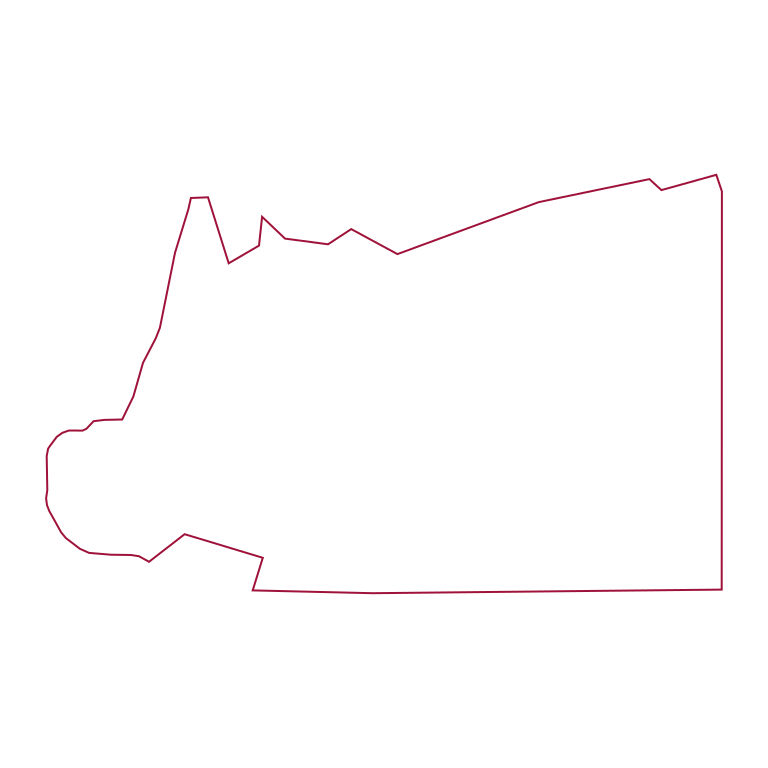 Carlisle, Kentucky, United States of America
{"feature_id": "52423323B12449706455723", "entity_name": "Carlisle", "entity_type": "district", "adm_level": 2, "iso_a3": "USA", "parent_name": "United States of America", "parent_adm1": "Kentucky", "projection": "natural_earth1", "projection_center": [-89.084, 36.863], "detail": "fine", "context": "isolated", "style": "outline", "palette": "rose", "viewbox_px": 768, "rotation_deg": 0, "n_neighbors": 0, "source": "geoboundaries", "source_scale": "gbopen_adm2", "svg_char_len": 721}
<svg xmlns="http://www.w3.org/2000/svg" viewBox="0 0 768 768"><path d="M716.3,174.8L661.4,190.1L649.4,179.1L538.8,202.1L397.4,254.1L351.2,229.1L328.0,244.3L285.0,238.6L262.1,216.8L259.0,245.6L228.7,263.3L208.0,197.3L190.9,198.0L188.4,209.1L175.0,252.8L159.9,327.8L155.8,338.2L143.0,362.8L133.4,396.4L122.2,419.5L104.3,419.9L93.6,421.2L86.5,428.7L82.6,430.6L69.0,430.5L62.4,432.8L56.8,436.8L49.9,446.0L48.1,448.7L46.7,456.1L47.3,490.1L46.1,498.4L47.0,505.2L49.4,511.3L53.8,519.1L61.1,532.3L65.9,538.1L79.9,548.8L89.1,552.9L110.7,554.7L131.0,555.0L138.9,556.2L148.9,561.7L149.0,561.8L184.6,534.2L262.8,557.8L252.7,590.4L372.7,593.2L721.7,589.6L721.9,191.4L716.3,174.8Z" fill="none" stroke="#9f1239" stroke-width="2"/></svg>